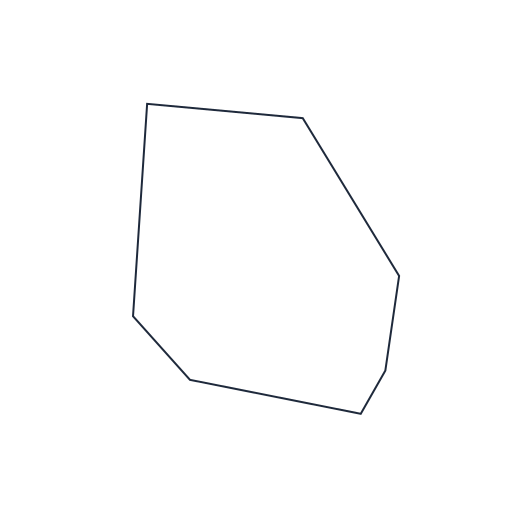 map outline of Niue (Robinson projection), rotated 126°
{"feature_id": "NIU", "entity_name": "Niue", "entity_type": "country or territory", "adm_level": 0, "iso_a3": "NIU", "parent_name": "Oceania", "parent_adm1": "", "projection": "robinson", "projection_center": [-169.857, -19.052], "detail": "fine", "context": "isolated", "style": "outline", "palette": "slate", "viewbox_px": 512, "rotation_deg": 126, "n_neighbors": 0, "source": "natural_earth", "source_scale": "50m", "svg_char_len": 260}
<svg xmlns="http://www.w3.org/2000/svg" viewBox="0 0 512 512"><g transform="rotate(126 256 256)"><path d="M377.0,320.1L196.9,433.5L117.0,299.2L188.0,128.5L272.7,84.0L322.1,78.5L395.0,236.6L377.0,320.1Z" fill="none" stroke="#1e293b" stroke-width="2"/></g></svg>